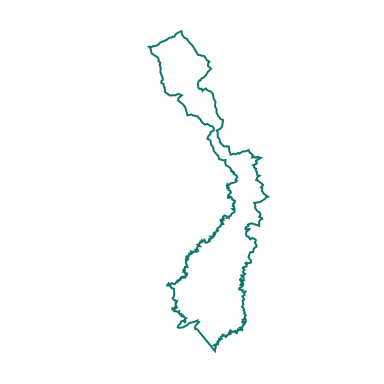 outline of Simacota, Santander, Colombia, rotated 226°
{"feature_id": "7082276B23546148362682", "entity_name": "Simacota", "entity_type": "district", "adm_level": 2, "iso_a3": "COL", "parent_name": "Colombia", "parent_adm1": "Santander", "projection": "mercator", "projection_center": [-73.674, 6.657], "detail": "fine", "context": "isolated", "style": "outline", "palette": "teal", "viewbox_px": 384, "rotation_deg": 226, "n_neighbors": 0, "source": "geoboundaries", "source_scale": "gbopen_adm2", "svg_char_len": 6032}
<svg xmlns="http://www.w3.org/2000/svg" viewBox="0 0 384 384"><g transform="rotate(226 192 192)"><path d="M61.7,98.1L64.7,102.2L66.4,101.4L65.9,103.3L64.4,104.9L65.0,105.9L66.1,105.6L66.7,106.7L66.0,107.2L66.5,108.1L66.0,109.2L67.4,109.8L65.9,111.3L67.8,112.2L67.3,113.4L68.1,114.9L67.4,115.5L65.9,115.0L65.3,116.3L64.3,115.8L64.4,118.6L63.3,120.8L64.5,120.9L65.5,119.9L64.4,122.4L65.7,122.7L65.9,123.4L64.3,123.9L63.4,123.2L61.7,127.6L61.6,125.6L59.4,126.1L61.2,129.7L60.1,129.6L60.2,130.7L57.7,132.1L58.4,132.8L60.9,132.6L59.8,134.4L60.7,136.1L60.3,137.9L60.9,139.1L62.8,137.6L63.8,138.1L63.8,139.0L61.6,139.4L61.7,141.1L63.0,142.1L64.7,140.6L64.5,142.5L65.8,143.7L66.0,145.1L68.6,145.2L68.8,146.3L71.1,146.9L71.6,148.2L74.7,148.3L75.4,150.7L78.6,152.9L78.3,154.7L81.9,155.8L81.3,158.0L82.5,158.6L83.3,161.2L85.2,159.1L86.6,160.4L88.5,158.4L89.3,158.4L89.9,159.0L89.1,162.5L89.6,164.4L90.8,165.1L90.7,163.0L91.5,162.4L92.1,165.2L94.6,165.2L95.8,165.9L95.8,166.9L93.7,166.2L92.3,168.0L94.3,169.4L97.6,169.5L97.1,170.3L95.4,170.2L96.2,171.3L96.3,173.5L98.5,172.7L99.4,173.7L99.5,175.7L101.9,175.6L102.4,176.1L100.6,179.6L101.7,180.9L103.5,180.8L103.7,181.9L101.6,183.0L100.3,185.5L101.7,186.7L105.9,187.3L108.2,192.0L106.3,194.0L108.4,197.3L107.9,200.6L108.9,201.4L112.1,202.1L112.6,204.1L113.6,204.6L117.1,203.5L117.5,201.0L120.5,201.7L121.8,200.7L123.0,200.8L125.6,203.1L125.2,208.4L127.5,204.7L128.6,204.9L129.2,206.2L128.4,208.7L129.7,209.4L128.2,213.1L121.0,216.8L124.1,219.8L124.6,221.9L123.9,223.9L125.1,224.2L127.4,223.1L128.0,225.4L130.5,226.5L132.6,225.7L136.3,226.2L139.0,228.7L140.9,229.2L137.5,234.1L136.4,239.3L136.7,241.4L135.8,243.4L140.8,242.5L144.3,243.1L145.7,245.1L147.5,244.9L147.4,247.5L148.0,248.1L154.9,247.3L155.9,246.5L157.3,249.5L156.8,251.8L158.7,250.7L161.0,252.0L161.0,252.6L163.5,253.0L164.3,254.2L166.4,253.7L167.4,254.8L168.8,254.6L167.5,258.2L168.0,259.1L169.5,259.0L170.0,259.8L168.8,265.2L171.9,263.6L172.0,261.9L173.2,261.1L174.0,261.4L175.2,259.3L176.0,261.2L179.2,261.3L180.2,260.8L182.8,261.9L183.9,259.0L185.9,256.8L186.7,252.6L188.0,252.4L189.0,249.3L190.9,248.3L192.0,245.7L196.5,247.9L199.2,250.1L202.8,246.6L208.7,246.7L209.3,247.7L211.4,248.6L213.6,248.7L217.0,251.9L219.1,252.6L217.8,256.3L218.1,259.0L222.2,264.4L224.6,263.2L228.7,263.7L232.3,264.9L234.1,267.0L237.8,268.1L240.5,271.5L244.2,272.6L248.4,275.2L251.4,275.2L254.2,273.8L256.8,273.9L257.2,271.7L257.9,271.1L257.5,269.9L259.9,270.4L261.0,268.9L262.8,269.1L265.9,271.5L266.9,273.5L267.1,275.1L266.3,275.7L267.1,278.2L266.2,279.6L266.3,282.7L267.4,287.0L267.5,291.4L271.7,291.1L273.5,293.3L273.4,294.6L274.0,295.1L276.1,294.3L281.2,295.2L286.5,291.6L297.1,294.1L301.9,293.9L305.5,294.7L307.9,293.7L312.0,294.1L314.8,296.2L315.3,295.6L316.8,290.4L316.0,286.9L317.2,286.0L317.1,284.9L318.7,282.7L319.2,278.8L321.7,272.9L321.4,269.9L322.7,266.7L323.8,265.8L324.4,263.2L325.6,263.0L326.3,261.9L324.1,261.9L319.7,259.2L312.4,260.9L310.3,260.0L309.4,258.8L307.0,259.0L305.9,257.1L303.0,255.7L300.2,252.5L293.9,249.9L292.9,248.7L293.1,247.3L291.8,245.7L289.6,246.6L287.2,244.9L286.4,245.1L282.8,242.1L277.0,243.0L273.2,247.2L272.1,250.3L268.6,251.9L268.9,247.8L267.6,245.5L261.8,246.4L258.0,246.1L250.1,242.0L248.2,245.5L246.7,245.7L242.3,248.7L240.7,248.2L238.6,248.6L236.0,247.7L231.5,248.0L230.2,250.5L227.5,250.8L225.4,252.2L222.9,252.1L221.2,250.4L222.2,246.6L220.9,245.7L220.9,242.9L219.7,240.1L216.5,241.1L212.9,238.8L209.1,238.1L206.2,236.1L200.0,235.9L196.7,234.4L192.8,236.7L191.7,238.3L189.9,236.1L187.6,234.9L185.2,235.9L182.5,236.1L180.4,235.6L179.8,234.8L179.3,235.3L178.0,234.9L177.5,235.8L176.5,235.5L175.9,234.5L173.3,235.5L171.2,234.8L170.8,232.2L169.9,231.6L168.9,232.0L168.8,230.4L171.4,225.5L171.4,223.5L172.7,223.2L172.1,222.7L172.8,222.4L172.5,221.3L170.9,221.2L170.2,220.1L169.4,221.3L167.8,219.6L166.8,220.4L164.6,219.8L164.5,215.8L162.8,213.8L162.0,214.6L162.5,216.1L161.7,216.5L160.5,216.7L158.5,215.7L156.0,216.7L155.8,215.6L154.9,215.7L154.6,215.0L154.9,212.9L153.9,212.8L153.4,211.5L152.2,212.1L151.3,211.6L151.0,210.0L151.6,209.3L150.3,209.4L149.6,210.3L148.1,208.5L148.9,205.7L148.0,203.2L148.7,202.0L147.7,200.5L148.7,200.4L149.4,198.8L150.6,199.9L152.5,199.1L152.7,197.4L152.4,196.6L150.8,196.4L150.9,195.4L149.9,195.1L150.4,194.1L151.8,194.2L152.0,193.0L150.7,192.5L148.9,192.8L148.9,191.7L147.4,192.1L148.3,189.2L147.5,188.5L148.1,185.2L147.7,184.0L146.1,183.9L146.5,183.0L147.3,183.6L146.4,180.7L147.2,179.9L146.0,179.3L147.0,178.3L146.3,177.8L145.3,178.2L144.9,176.5L147.0,174.4L145.0,174.3L145.9,172.3L144.7,171.0L145.7,170.8L144.7,169.5L145.2,167.6L146.1,166.5L149.0,167.8L149.1,166.1L150.1,165.7L149.1,165.1L150.4,164.0L149.4,163.4L150.1,162.5L149.5,160.9L150.1,159.6L147.6,159.9L149.1,158.4L147.8,156.2L145.9,155.5L147.7,154.5L145.9,153.9L147.0,152.7L146.1,152.6L147.4,152.5L148.3,151.6L147.8,150.2L149.8,149.8L148.1,148.7L148.3,147.5L149.5,147.3L147.9,144.5L149.2,144.1L149.5,143.3L149.0,142.6L146.4,142.5L146.5,141.5L147.8,141.9L147.9,140.8L146.0,139.7L145.7,138.6L141.1,136.5L142.9,134.9L141.6,133.4L142.8,133.6L141.4,132.6L141.8,131.5L140.9,131.3L140.7,130.5L139.8,131.5L138.8,130.4L137.6,130.6L137.3,131.8L136.6,131.8L135.7,130.0L136.5,129.5L135.1,127.8L137.3,125.0L137.5,126.4L138.2,125.5L138.0,123.4L136.9,122.9L137.6,122.0L137.3,120.3L138.0,120.9L138.4,120.3L137.7,115.5L140.7,114.0L140.1,111.8L142.6,111.7L142.1,109.3L140.4,110.9L136.9,110.6L134.9,111.9L130.8,108.2L129.0,105.6L129.1,104.4L127.4,103.9L125.0,104.9L124.0,103.7L123.7,104.8L122.6,102.1L121.0,101.7L121.1,100.0L119.4,100.6L119.8,98.6L122.0,97.0L121.0,96.2L119.7,97.8L118.6,96.4L117.2,97.9L115.5,98.4L115.1,99.8L114.3,98.7L112.5,98.1L112.1,99.6L110.9,99.5L110.0,98.3L108.7,99.0L108.8,99.8L106.3,99.5L105.4,100.0L105.2,97.6L104.1,97.8L103.1,96.7L103.4,96.2L105.3,96.5L106.5,94.2L105.2,91.8L105.5,89.3L104.6,87.8L103.3,88.3L100.8,91.6L99.7,95.7L99.6,99.1L97.0,103.3L95.7,106.7L95.1,105.9L93.6,106.7L93.4,102.2L92.7,100.0L91.9,99.3L90.9,99.3L89.8,100.3L61.7,98.1Z" fill="none" stroke="#0f766e" stroke-width="2"/></g></svg>